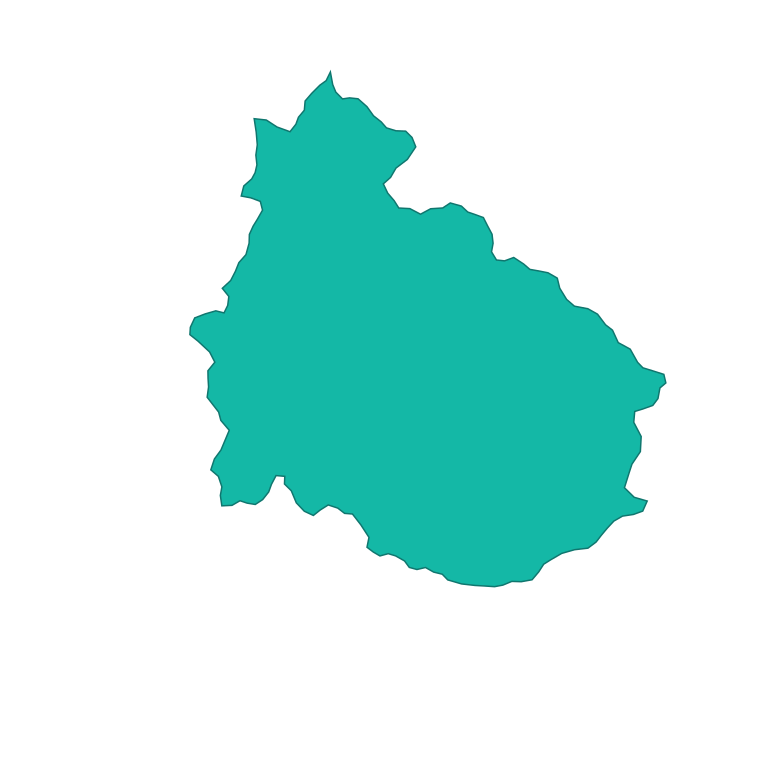 Queluz, São Paulo, Brazil, rotated 133°
{"feature_id": "56859067B41056558959462", "entity_name": "Queluz", "entity_type": "district", "adm_level": 2, "iso_a3": "BRA", "parent_name": "Brazil", "parent_adm1": "São Paulo", "projection": "orthographic", "projection_center": [-44.787, -22.508], "detail": "fine", "context": "isolated", "style": "filled", "palette": "teal", "viewbox_px": 768, "rotation_deg": 133, "n_neighbors": 0, "source": "geoboundaries", "source_scale": "gbopen_adm2", "svg_char_len": 2331}
<svg xmlns="http://www.w3.org/2000/svg" viewBox="0 0 768 768"><g transform="rotate(133 384 384)"><path d="M290.1,111.7L296.2,123.7L295.9,137.4L281.5,144.3L273.5,148.0L258.6,150.4L247.0,160.1L241.7,175.2L233.1,181.9L225.8,177.7L216.3,172.8L207.8,173.7L198.7,179.5L191.0,178.6L186.1,185.9L190.7,195.6L195.6,205.7L195.2,213.3L190.6,227.7L194.0,240.9L188.8,253.6L189.6,262.3L187.3,275.5L189.9,286.2L197.2,297.8L197.6,308.1L194.1,320.8L188.4,329.5L190.8,339.9L195.7,347.8L200.7,355.5L201.0,363.7L203.0,375.4L211.7,379.8L216.6,386.3L214.0,395.5L206.7,400.2L200.8,407.1L197.7,416.1L194.5,424.8L198.0,433.1L201.1,440.0L201.1,448.7L206.4,459.0L215.2,461.1L224.0,469.4L234.9,473.1L238.1,484.7L245.2,493.2L243.0,501.6L241.9,511.4L238.1,521.0L228.4,520.1L217.9,522.5L203.8,520.1L188.9,522.5L184.6,531.6L184.3,540.6L190.7,548.0L195.0,556.9L194.2,564.8L195.0,574.6L192.8,585.6L193.1,597.5L198.2,604.3L203.8,608.8L203.4,618.3L200.0,625.7L192.4,636.0L201.6,633.2L209.2,634.7L220.9,635.1L230.8,634.7L238.1,629.0L247.2,628.5L254.1,625.6L263.6,624.8L269.0,637.5L271.2,650.1L278.5,659.9L286.9,649.3L295.5,639.8L304.0,633.8L310.4,626.4L317.3,622.4L324.2,620.6L334.8,621.6L343.9,616.6L338.7,608.4L334.8,599.0L339.7,591.4L349.7,589.0L357.7,587.4L366.4,584.5L373.0,578.7L383.5,573.2L394.2,572.9L403.0,569.5L412.9,566.7L424.3,567.5L425.8,557.2L433.1,551.9L441.1,549.5L445.2,556.9L454.7,562.6L464.7,567.5L474.6,564.3L480.3,559.6L479.5,549.3L479.5,533.4L483.4,522.6L494.4,521.8L499.7,516.7L505.8,510.3L514.3,504.3L517.3,485.8L521.9,478.5L523.4,465.6L543.5,458.2L554.5,456.9L564.9,452.1L564.5,442.2L569.8,432.4L577.1,427.7L583.7,419.5L576.4,412.4L567.6,409.7L564.5,402.9L559.9,396.0L551.3,393.9L541.6,394.7L534.1,397.9L524.6,400.5L519.2,393.6L525.0,388.6L525.3,379.0L530.7,367.1L531.4,355.5L528.3,346.0L519.6,344.7L510.5,342.3L506.3,333.2L505.5,324.6L500.6,318.4L502.8,304.9L506.4,290.4L515.0,285.1L514.2,277.2L512.5,269.7L505.2,265.2L501.8,258.3L499.4,248.3L500.9,240.4L497.2,233.4L489.9,228.5L487.7,219.4L483.4,211.7L483.8,203.8L477.3,190.9L469.3,180.1L462.9,172.4L456.8,164.9L450.0,159.9L441.2,155.9L435.0,148.8L426.2,142.2L415.9,142.7L406.9,144.3L398.9,142.2L386.7,138.5L375.2,131.6L365.0,122.9L354.9,121.1L346.3,121.9L337.1,122.4L327.5,122.4L318.0,119.5L309.3,112.6L300.5,108.1L290.1,111.7Z" fill="#14b8a6" stroke="#0f766e" stroke-width="1.5"/></g></svg>